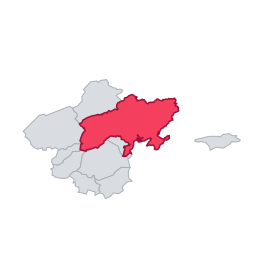 Ukraine shown with its bordering countries, rotated 336°
{"feature_id": "UKR", "entity_name": "Ukraine", "entity_type": "country or territory", "adm_level": 0, "iso_a3": "UKR", "parent_name": "Europe", "parent_adm1": "", "projection": "natural_earth1", "projection_center": [31.244, 48.371], "detail": "fine", "context": "with_neighbors", "style": "filled", "palette": "rose", "viewbox_px": 256, "rotation_deg": 336, "n_neighbors": 9, "source": "natural_earth", "source_scale": "50m", "svg_char_len": 9266}
<svg xmlns="http://www.w3.org/2000/svg" viewBox="0 0 256 256"><g transform="rotate(336 128 128)"><path d="M112.7,70.6L118.7,72.4L119.5,74.3L122.5,73.4L128.1,75.1L128.6,78.6L127.4,80.6L131.0,85.4L133.3,86.8L133.0,88.1L136.9,89.4L138.6,91.4L136.3,93.0L130.5,93.5L133.3,100.7L128.3,101.2L126.5,102.8L126.1,106.6L118.5,106.3L117.0,104.5L114.7,105.8L95.5,102.2L91.0,102.3L87.7,104.4L84.9,104.7L84.9,101.3L83.2,97.9L86.8,96.3L86.9,93.4L85.4,90.5L85.3,87.2L90.9,87.3L97.2,84.5L98.7,80.3L103.5,78.0L103.0,74.7L112.7,70.6Z" fill="#d9dde1" stroke="#a8b0b8" stroke-width="1"/><path d="M85.3,87.2L85.4,90.5L86.9,93.4L86.8,96.3L83.2,97.9L87.6,111.3L86.9,113.4L83.9,114.3L78.3,120.6L79.7,124.0L72.9,120.6L68.5,121.7L65.8,120.9L62.2,122.5L59.3,119.8L56.8,120.9L54.0,116.7L49.6,116.2L49.2,113.8L45.2,113.0L44.2,115.0L41.1,113.4L41.6,111.3L37.2,110.7L34.6,108.2L32.6,103.4L33.3,100.8L32.1,96.8L30.3,94.2L32.1,92.2L31.0,88.4L51.9,80.3L57.5,81.5L57.9,83.3L81.1,84.2L84.0,84.9L85.3,87.2Z" fill="#d9dde1" stroke="#a8b0b8" stroke-width="1"/><path d="M75.4,128.6L78.6,130.7L79.0,132.7L75.2,134.3L68.3,144.7L63.4,146.2L59.6,145.8L52.6,149.0L47.6,147.5L41.4,143.3L40.4,140.7L39.4,140.6L41.7,135.7L40.7,134.0L44.0,134.0L44.7,130.9L49.8,133.6L54.9,132.7L55.5,131.2L64.3,129.3L67.8,127.0L74.1,129.4L75.4,128.6Z" fill="#d9dde1" stroke="#a8b0b8" stroke-width="1"/><path d="M102.5,130.1L107.9,128.2L114.8,130.9L117.4,133.0L117.0,135.5L119.2,136.8L120.0,140.0L122.8,143.9L115.8,143.8L116.2,145.2L113.4,150.2L111.9,151.1L110.8,147.6L111.4,140.9L104.3,130.9L102.5,130.1Z" fill="#d9dde1" stroke="#a8b0b8" stroke-width="1"/><path d="M111.9,151.1L114.6,152.5L117.4,151.3L120.2,152.6L120.3,154.6L117.4,156.2L115.5,155.5L113.7,164.9L105.7,161.2L98.4,163.0L95.4,165.0L79.3,164.0L76.6,159.4L78.0,158.1L76.6,157.1L74.6,158.9L71.1,156.6L70.8,153.5L67.1,151.6L66.5,149.2L63.4,146.2L68.3,144.7L75.2,134.3L81.6,131.1L89.1,131.9L91.9,133.8L98.4,131.9L100.0,130.1L102.5,130.1L104.3,130.9L111.4,140.9L110.8,147.6L111.9,151.1Z" fill="#d9dde1" stroke="#a8b0b8" stroke-width="1"/><path d="M77.6,160.8L79.3,164.0L95.4,165.0L98.4,163.0L105.7,161.2L113.7,164.9L110.5,168.1L108.2,173.6L110.1,178.1L104.8,177.0L98.4,179.5L98.3,183.3L92.6,184.1L88.3,181.4L83.3,183.5L78.7,183.3L78.5,178.1L75.4,175.6L76.5,174.5L75.9,173.6L77.0,171.1L79.4,168.7L76.5,165.4L76.1,162.5L77.6,160.8Z" fill="#d9dde1" stroke="#a8b0b8" stroke-width="1"/><path d="M183.7,167.0L184.4,166.0L198.7,168.6L207.3,172.4L208.4,173.8L212.1,172.6L217.9,174.2L220.0,177.4L224.0,179.2L222.5,180.3L225.7,184.5L224.9,185.4L221.6,184.9L216.8,182.7L215.4,184.0L206.8,185.2L200.7,181.4L194.1,181.7L194.9,178.4L193.1,173.1L189.5,170.2L186.0,169.3L183.7,167.0Z" fill="#d9dde1" stroke="#a8b0b8" stroke-width="1"/><path d="M78.4,123.5L74.1,129.4L67.8,127.0L64.3,129.3L55.5,131.2L54.9,132.7L49.8,133.6L44.7,130.9L44.3,128.2L45.8,125.6L50.5,124.9L54.7,120.4L59.3,119.8L62.2,122.5L65.8,120.9L68.5,121.7L72.9,120.6L78.4,123.5Z" fill="#d9dde1" stroke="#a8b0b8" stroke-width="1"/><path d="M54.9,147.8L59.6,145.8L63.4,146.2L66.5,149.2L67.1,151.6L70.8,153.5L71.1,156.6L74.6,158.9L76.6,157.1L78.0,158.1L76.6,159.4L77.6,160.8L76.1,162.5L76.5,165.4L79.4,168.7L77.0,171.1L75.9,173.6L76.5,174.5L75.4,175.6L70.5,176.2L71.8,172.8L66.1,168.2L62.5,171.8L63.0,171.1L56.3,166.3L57.8,165.9L58.9,162.3L56.1,159.3L57.8,155.9L55.5,155.9L58.0,153.0L54.9,147.8Z" fill="#d9dde1" stroke="#a8b0b8" stroke-width="1"/><path d="M153.1,149.4L154.6,151.4L155.3,152.1L155.8,152.4L156.4,152.5L157.6,151.8L158.1,151.8L159.2,152.0L159.6,151.6L160.1,151.4L160.9,151.3L162.6,151.8L161.9,153.1L161.5,154.3L160.6,154.7L159.5,154.6L158.4,154.8L157.7,154.3L157.2,154.1L156.5,153.9L155.9,154.1L155.3,155.0L154.0,155.7L153.6,156.4L152.4,156.2L151.4,156.3L149.9,157.0L148.7,158.4L147.5,159.3L146.5,159.6L145.5,159.5L144.9,159.2L143.7,158.3L143.7,158.0L144.1,157.3L144.6,155.6L144.5,155.0L144.3,154.1L143.3,153.4L142.5,153.5L142.0,153.3L140.4,152.2L139.5,152.1L138.5,152.3L138.1,152.1L137.9,151.7L139.8,150.3L141.7,149.1L142.5,148.9L143.7,148.4L144.9,147.5L144.7,146.9L144.4,146.4L143.4,146.7L142.4,146.2L142.0,145.8L140.5,146.2L139.6,146.1L137.6,146.5L136.8,146.1L135.0,145.1L134.3,144.9L133.7,145.0L133.4,144.6L133.8,144.5L134.7,144.3L134.8,144.2L134.8,143.8L133.9,143.6L133.0,143.5L132.1,142.9L133.0,142.9L134.0,143.1L135.5,143.2L136.9,143.5L138.2,142.4L136.9,142.8L135.5,142.5L135.0,142.2L134.6,141.7L134.4,141.1L134.5,140.6L134.4,139.6L133.8,138.3L133.3,137.8L133.8,138.8L133.9,139.4L134.2,140.0L134.1,141.6L134.0,142.1L133.4,142.3L131.9,142.0L132.1,141.2L131.7,141.5L131.1,142.3L130.6,142.4L129.5,142.3L127.5,142.9L127.0,144.3L126.6,145.1L125.7,146.3L124.0,148.2L121.5,149.2L120.7,149.0L120.4,149.3L120.2,149.6L120.2,150.2L120.6,150.7L120.9,152.2L120.8,152.8L120.0,152.0L119.0,151.6L117.9,151.7L116.7,152.4L115.9,152.6L115.2,152.5L115.1,152.8L115.3,152.9L115.1,153.0L113.2,152.6L112.4,152.2L111.7,151.4L112.3,151.0L113.5,150.9L113.6,150.4L113.5,149.7L113.9,149.2L114.5,148.7L114.9,148.3L115.0,147.6L115.7,147.3L116.3,146.8L116.4,146.2L116.6,145.8L116.3,144.9L116.2,144.4L116.2,143.9L116.4,143.6L117.5,143.1L117.8,143.3L117.8,144.2L118.1,144.1L118.5,143.6L119.0,143.8L119.4,143.7L120.0,144.0L120.3,144.1L120.9,143.7L121.2,143.8L121.7,144.4L123.1,144.2L123.4,143.9L122.2,143.0L122.3,141.6L122.2,141.1L121.9,140.8L121.0,140.4L120.2,139.9L120.1,139.7L120.0,139.1L119.8,138.8L119.7,138.5L119.9,138.0L120.0,137.6L119.9,137.4L119.0,136.9L118.7,136.6L117.6,136.0L117.5,135.7L117.4,135.4L117.8,134.4L118.0,133.9L118.0,133.5L117.9,132.7L117.5,132.1L117.3,132.0L116.6,132.3L116.3,132.2L115.9,131.8L115.4,130.9L113.9,130.7L113.5,131.1L113.3,130.7L113.1,130.6L112.8,130.7L112.7,130.6L112.8,130.2L112.5,130.0L111.7,130.0L111.3,129.8L111.2,129.5L111.0,129.3L110.5,129.3L110.1,129.0L109.7,128.6L109.1,128.4L108.1,128.2L107.2,128.6L106.8,128.5L106.1,129.0L104.2,129.0L103.9,128.8L102.6,129.6L102.5,129.8L100.6,130.2L100.4,130.9L99.7,131.9L95.5,132.5L93.7,133.2L93.1,133.7L92.0,134.0L90.2,132.3L89.6,132.2L87.8,132.5L87.1,132.2L86.7,132.3L84.8,131.9L83.2,131.9L82.0,131.2L81.6,131.1L81.1,131.8L80.0,132.2L79.9,132.1L79.8,131.8L79.9,131.6L79.4,131.0L78.8,131.0L78.3,130.8L77.9,130.2L77.4,129.9L76.9,129.8L76.7,129.6L76.4,128.7L75.7,128.7L75.8,127.5L76.7,126.6L77.3,125.1L78.2,123.9L78.3,123.6L78.5,123.6L79.9,124.0L80.1,123.9L80.1,123.6L79.3,122.9L79.5,121.9L79.1,120.1L79.5,119.6L81.5,117.4L82.9,116.0L85.6,113.7L87.2,113.5L87.7,112.7L87.9,112.6L88.0,111.9L87.7,111.1L87.3,110.6L87.8,110.4L88.1,110.2L87.4,109.5L87.1,109.1L86.7,108.1L85.6,106.7L85.6,106.4L85.7,106.1L85.6,105.6L85.3,105.1L85.4,104.4L85.9,104.2L86.4,104.2L86.9,104.3L87.4,104.6L88.4,104.0L89.3,103.2L89.6,102.7L89.8,102.5L92.8,102.3L94.0,102.0L95.2,102.0L99.0,102.2L101.8,102.7L102.1,102.9L104.0,103.2L106.1,103.4L107.0,104.5L108.8,104.5L109.3,104.7L109.2,105.3L109.4,105.4L109.6,105.4L110.1,104.7L110.3,104.6L111.2,104.8L111.6,104.8L112.0,104.5L113.6,104.8L114.3,104.8L114.6,104.9L114.9,105.6L115.4,105.8L115.8,105.2L116.1,105.0L116.9,104.7L117.4,104.3L117.6,104.3L117.8,104.4L118.0,104.7L118.7,105.9L119.0,106.1L120.2,105.8L122.3,105.6L123.2,105.4L123.8,105.4L124.7,106.0L124.8,106.6L125.5,107.0L126.1,107.0L126.3,106.6L126.6,106.4L126.4,105.5L126.0,104.5L126.3,103.8L126.8,102.9L127.3,102.3L128.6,101.2L129.2,100.9L130.0,101.1L130.8,100.7L132.1,100.7L133.3,100.8L134.5,101.2L135.3,101.1L136.3,100.7L136.7,99.5L137.1,99.2L137.6,99.2L139.3,99.6L139.9,99.6L141.3,99.0L142.1,98.9L143.1,99.0L144.7,98.9L145.2,99.1L145.8,99.6L146.4,100.3L147.0,101.7L148.7,103.2L148.7,103.4L148.6,103.6L147.1,103.9L147.0,104.2L147.5,104.9L147.6,105.9L147.7,106.3L148.0,106.5L147.6,107.1L147.8,107.2L149.3,107.2L150.6,107.7L152.7,107.5L152.8,107.7L153.2,108.6L153.5,108.7L154.1,108.7L154.3,108.9L154.1,109.1L154.2,109.4L154.4,109.8L154.6,110.5L154.9,111.1L155.0,111.4L154.7,112.0L154.8,112.5L155.3,113.1L155.6,113.3L155.9,113.8L156.4,114.0L157.6,113.3L159.0,113.5L159.4,113.8L159.8,114.2L160.1,114.5L160.5,114.3L161.3,114.5L162.0,115.0L162.8,114.4L164.2,114.0L165.0,113.9L166.2,113.4L166.7,113.5L167.2,114.0L167.7,114.4L167.8,115.0L168.4,115.8L170.5,117.2L171.1,117.0L171.2,116.9L171.3,116.4L171.5,116.2L172.9,116.9L174.1,116.9L175.7,117.9L176.4,118.0L177.2,117.7L178.0,118.5L179.0,118.6L180.9,119.8L181.5,119.9L182.4,119.6L182.7,119.8L182.8,120.1L182.6,120.4L182.6,120.9L183.0,121.4L183.1,121.8L183.0,122.3L182.7,122.7L181.7,123.7L180.5,124.1L180.6,124.5L180.9,124.8L182.4,125.3L182.5,125.5L182.4,125.6L181.9,125.7L181.2,125.6L180.7,126.2L180.4,127.3L181.1,127.4L181.5,127.7L181.9,128.6L181.9,129.1L181.7,129.3L181.7,129.5L182.4,129.7L182.4,130.0L181.9,130.5L181.3,132.1L181.4,132.7L181.1,133.0L179.1,133.1L176.1,132.9L175.7,133.0L175.1,134.0L174.6,134.4L173.8,134.7L173.0,134.8L172.5,135.2L172.4,135.8L172.4,136.3L172.1,137.0L172.5,137.3L172.5,137.6L172.2,137.8L172.1,138.1L172.2,138.8L169.9,138.7L168.1,138.9L167.0,140.1L166.2,140.1L165.2,140.4L164.5,140.8L163.7,141.6L163.1,141.3L162.3,141.3L161.5,141.5L160.6,142.1L160.1,142.2L159.1,142.0L157.9,142.3L155.3,144.2L154.5,145.6L154.2,145.8L153.7,146.2L153.0,146.3L154.6,145.0L154.7,144.3L154.3,143.8L153.3,145.1L152.0,145.7L152.0,146.6L152.1,147.2L152.4,148.1L153.1,149.4ZM135.7,146.0L132.9,145.5L132.1,145.2L131.9,144.8L131.8,144.3L132.6,145.0L134.8,145.6L135.7,146.0Z" fill="#f43f5e" stroke="#9f1239" stroke-width="1.5"/></g></svg>